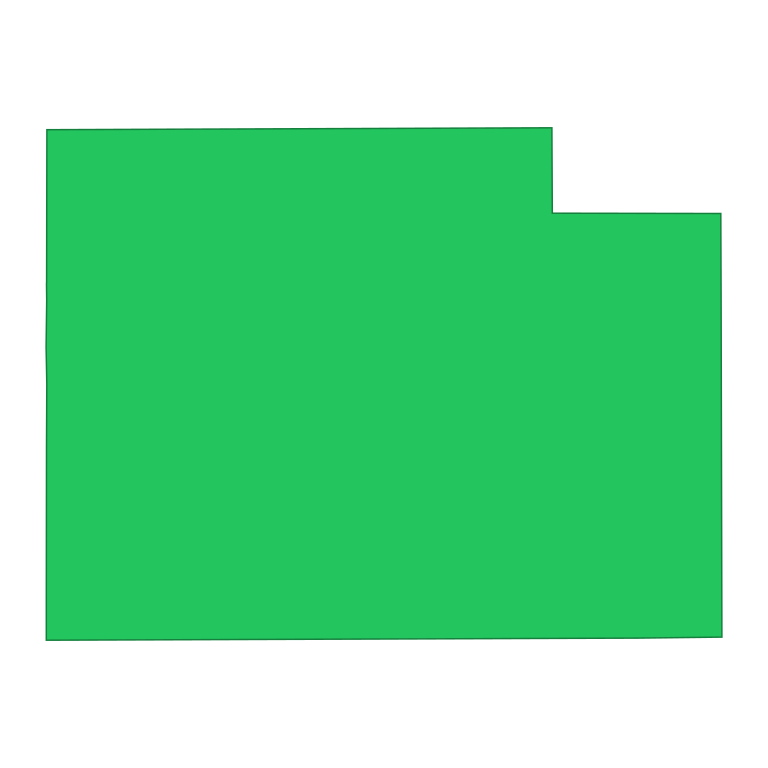 Paulding, Ohio, United States of America
{"feature_id": "52423323B38130377602201", "entity_name": "Paulding", "entity_type": "district", "adm_level": 2, "iso_a3": "USA", "parent_name": "United States of America", "parent_adm1": "Ohio", "projection": "albers", "projection_center": [-84.657, 41.121], "detail": "fine", "context": "isolated", "style": "filled", "palette": "green", "viewbox_px": 768, "rotation_deg": 0, "n_neighbors": 0, "source": "geoboundaries", "source_scale": "gbopen_adm2", "svg_char_len": 325}
<svg xmlns="http://www.w3.org/2000/svg" viewBox="0 0 768 768"><path d="M46.9,129.7L46.9,129.8L46.6,282.3L46.5,283.7L46.7,300.3L46.1,347.1L46.8,384.1L46.5,446.4L46.3,601.1L46.3,640.2L637.6,638.1L721.9,637.1L721.1,297.9L720.8,213.5L552.3,213.2L551.9,127.8L46.9,129.7Z" fill="#22c55e" stroke="#15803d" stroke-width="1.5"/></svg>